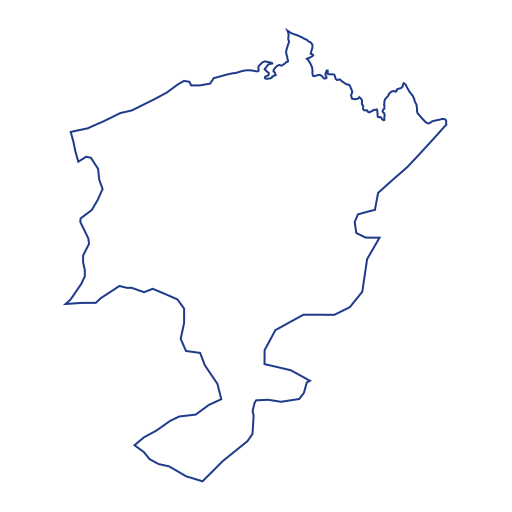 the district of Idjevan, Tavush, Armenia
{"feature_id": "60910142B98300575929889", "entity_name": "Idjevan", "entity_type": "district", "adm_level": 2, "iso_a3": "ARM", "parent_name": "Armenia", "parent_adm1": "Tavush", "projection": "equal_earth", "projection_center": [45.144, 40.867], "detail": "fine", "context": "isolated", "style": "outline", "palette": "blue", "viewbox_px": 512, "rotation_deg": 0, "n_neighbors": 0, "source": "geoboundaries", "source_scale": "gbopen_adm2", "svg_char_len": 4941}
<svg xmlns="http://www.w3.org/2000/svg" viewBox="0 0 512 512"><path d="M65.6,304.0L81.7,302.9L95.7,302.9L101.0,298.0L116.5,287.9L119.4,286.0L127.1,287.9L131.9,287.9L144.0,292.2L152.7,288.8L165.3,294.1L177.4,299.4L184.1,308.6L184.1,323.0L180.7,338.9L186.0,351.0L200.1,352.9L204.9,365.4L217.4,383.8L221.3,399.2L208.7,405.0L195.7,414.6L179.2,416.5L170.1,420.9L156.5,430.5L144.0,437.3L134.5,445.2L144.0,452.2L149.5,459.1L155.7,462.5L158.7,464.1L168.9,466.3L176.2,470.5L186.1,476.3L202.5,481.3L211.8,472.1L222.5,461.3L234.1,451.9L247.5,441.1L252.5,433.9L253.6,416.3L253.7,415.9L252.6,411.1L254.6,402.8L256.2,400.3L268.1,399.8L275.5,400.9L280.9,401.8L299.2,399.0L303.7,393.1L304.0,392.6L306.8,382.4L309.9,380.8L290.9,370.3L271.0,365.6L264.5,364.1L264.6,350.2L268.2,343.5L275.4,330.1L303.4,314.7L334.4,314.8L349.9,307.1L362.3,291.7L367.1,259.2L379.5,237.7L365.6,237.6L356.3,233.0L354.7,222.1L357.9,214.4L368.7,211.4L374.9,209.9L378.1,192.9L393.6,179.0L401.8,171.9L407.7,166.7L409.9,164.3L418.4,155.3L430.7,141.9L446.4,124.5L446.1,123.6L446.2,122.4L446.1,120.6L445.5,119.6L443.8,119.0L441.9,119.0L439.6,119.7L437.1,120.1L435.3,120.6L433.8,120.8L432.1,121.4L429.4,123.3L427.9,123.4L427.4,123.1L425.8,122.3L423.7,120.1L421.6,117.9L419.3,115.1L417.7,113.5L417.1,111.6L417.0,109.8L417.0,108.0L416.7,106.5L416.6,104.7L415.7,103.3L414.8,101.5L414.2,99.0L413.0,96.4L412.8,95.9L410.9,93.5L409.4,91.6L407.3,88.0L405.8,84.9L404.7,83.7L403.7,83.2L403.2,84.2L402.8,85.2L402.6,86.6L401.9,87.3L400.8,88.2L399.2,88.6L397.4,89.1L396.6,89.9L396.6,90.9L395.6,91.7L394.7,91.2L393.6,91.1L391.9,91.4L390.5,92.3L389.3,93.5L388.6,94.5L388.3,95.6L387.5,96.6L386.6,97.4L385.9,98.4L385.2,99.0L384.8,100.3L384.3,101.6L384.4,103.2L384.0,104.8L384.4,105.4L384.4,106.1L384.4,107.3L384.3,108.8L383.5,109.3L382.8,110.3L382.6,111.4L383.2,112.4L383.7,113.0L384.3,113.3L384.6,114.5L384.6,116.2L384.3,117.5L384.3,118.8L384.4,119.9L383.5,120.2L382.4,119.5L381.6,118.4L380.8,117.2L379.8,117.0L379.3,117.3L377.9,116.9L377.6,115.8L377.5,113.5L377.4,111.8L377.2,110.2L376.8,109.4L375.9,109.6L374.8,110.0L373.3,109.9L372.9,110.6L371.8,111.3L370.7,111.6L369.2,112.4L368.3,112.0L367.7,111.6L367.2,110.4L365.4,110.3L364.6,110.3L364.2,110.3L363.4,109.6L363.1,108.8L363.1,108.0L363.1,107.7L363.2,106.6L362.9,105.4L362.2,104.7L361.8,103.7L362.0,102.4L362.0,101.1L361.8,99.9L360.7,98.3L359.3,97.2L358.6,98.1L357.5,98.8L355.6,99.1L355.1,99.1L354.4,99.2L352.1,98.7L351.6,97.4L351.1,95.5L351.3,94.4L352.1,92.7L352.1,91.4L351.8,90.1L350.9,88.4L350.7,87.9L350.5,87.1L349.7,85.6L348.9,84.6L348.0,84.7L346.3,84.1L345.6,83.8L343.6,82.4L341.5,81.0L340.1,79.5L338.7,79.6L337.2,80.1L336.0,79.2L335.3,78.1L335.2,77.2L335.2,76.9L334.7,75.7L334.2,74.6L332.9,74.3L331.5,74.3L329.3,74.3L328.0,74.1L327.7,73.4L327.7,72.3L327.7,70.6L326.7,70.5L326.3,71.6L325.6,73.1L325.5,74.5L325.5,75.5L326.5,77.0L326.4,78.1L324.8,78.6L323.6,78.1L323.3,77.7L322.5,76.7L321.0,75.4L319.9,74.9L318.7,74.9L317.9,75.1L317.1,75.3L315.5,75.8L314.2,76.2L313.1,75.9L312.7,75.0L312.4,73.3L312.5,71.3L312.4,69.2L311.9,67.0L311.2,65.2L309.9,62.7L308.3,60.2L306.9,58.8L307.8,58.3L309.2,57.9L310.2,57.3L311.4,56.8L312.4,56.1L313.2,55.4L312.8,54.6L311.8,54.2L310.7,53.7L311.1,52.0L311.7,50.0L311.8,49.6L312.3,48.2L312.5,46.1L312.3,44.6L311.6,43.5L310.6,42.4L309.1,41.7L308.9,41.6L307.8,40.8L306.5,39.5L305.5,39.3L304.5,38.9L302.2,37.5L299.9,36.5L298.1,35.6L296.2,34.9L293.4,34.0L291.0,33.0L289.1,31.8L287.5,30.7L288.0,31.8L288.2,33.0L288.6,34.6L288.5,36.4L288.2,38.8L288.5,40.0L289.0,41.3L288.8,42.6L288.1,44.6L287.0,48.0L286.5,49.6L286.2,51.6L286.1,53.3L286.5,54.2L286.7,55.3L287.2,56.7L287.3,58.0L287.6,59.4L288.0,60.5L288.0,61.5L287.2,61.9L286.2,62.2L284.8,63.6L282.0,65.4L281.0,65.6L279.6,65.0L278.6,65.2L276.9,66.1L275.5,67.5L273.9,69.5L273.4,70.8L273.6,71.6L274.7,72.2L275.0,73.1L275.4,74.3L275.7,75.2L275.1,75.5L273.9,75.5L273.6,75.9L272.9,76.3L272.1,76.7L271.8,77.7L270.8,78.1L270.5,78.2L268.6,78.6L266.8,78.8L265.5,78.6L264.9,78.0L265.0,76.9L265.6,76.4L266.8,76.0L267.8,75.5L268.5,75.0L268.7,74.4L268.9,73.3L268.1,72.4L267.2,71.8L267.1,71.6L266.5,71.1L265.7,70.4L264.6,69.5L264.9,68.7L265.6,68.3L265.9,67.7L266.6,66.6L267.5,65.5L268.5,64.6L269.3,64.0L271.0,63.8L272.2,63.5L271.9,62.9L270.0,62.4L267.9,62.1L266.4,61.6L264.7,61.4L262.8,62.2L261.6,63.1L259.1,65.7L258.4,67.0L258.4,68.8L258.7,70.2L258.4,71.1L257.2,71.4L255.2,71.1L252.1,70.5L248.2,70.2L245.0,70.5L242.2,71.0L239.0,72.0L236.7,72.7L235.5,73.1L233.4,73.1L226.3,74.7L213.7,78.2L210.1,83.6L205.6,84.4L200.2,85.4L191.2,85.4L189.4,81.8L184.0,80.9L177.7,84.5L166.9,92.5L155.2,98.8L131.9,110.4L120.2,113.1L113.1,116.6L104.0,121.1L91.7,126.5L87.8,128.3L70.7,131.9L73.4,141.7L75.2,150.6L78.3,161.7L86.2,156.7L87.8,157.1L90.9,157.8L98.1,168.9L99.2,179.6L102.6,189.0L97.6,200.1L91.7,210.1L80.6,218.4L80.3,222.0L84.0,229.5L88.4,238.6L89.0,243.9L83.1,255.5L83.1,262.4L84.8,269.9L84.8,276.5L83.3,279.6L81.2,284.0L70.6,299.5L65.6,304.0Z" fill="none" stroke="#1e3a8a" stroke-width="2"/></svg>